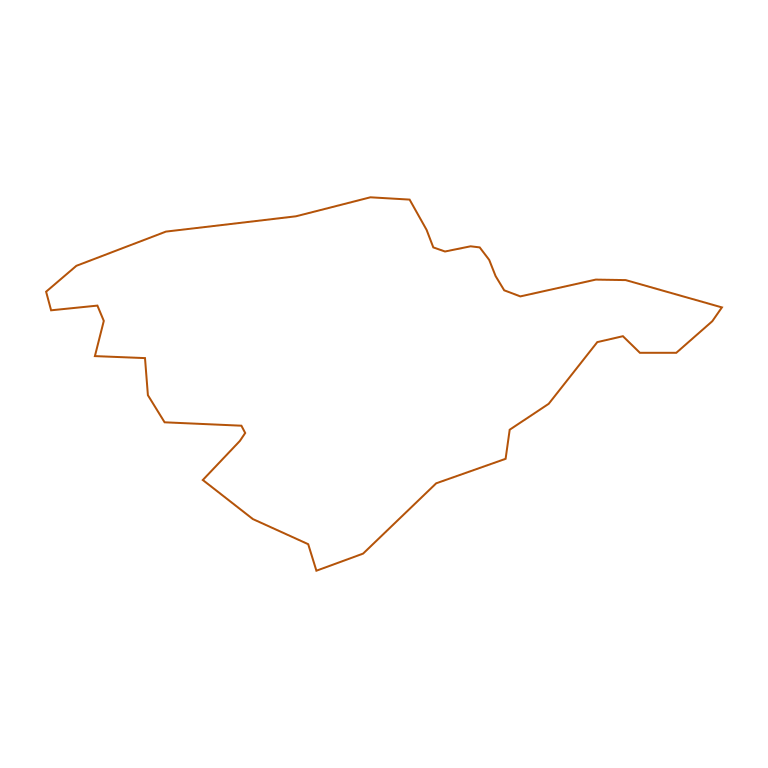 the border of Falkirk
{"feature_id": "GBR-2015", "entity_name": "Falkirk", "entity_type": "Unitary District", "adm_level": 1, "iso_a3": "GBR", "parent_name": "United Kingdom", "parent_adm1": "", "projection": "mercator", "projection_center": [-3.764, 55.973], "detail": "fine", "context": "isolated", "style": "outline", "palette": "amber", "viewbox_px": 768, "rotation_deg": 0, "n_neighbors": 0, "source": "natural_earth", "source_scale": "10m", "svg_char_len": 638}
<svg xmlns="http://www.w3.org/2000/svg" viewBox="0 0 768 768"><path d="M409.6,199.6L426.6,229.9L433.3,247.4L445.0,251.5L470.6,246.3L479.7,247.4L489.2,259.9L495.6,276.1L504.2,290.3L520.3,296.4L595.8,279.6L625.7,280.1L721.9,307.4L712.3,321.2L676.3,352.8L639.9,352.8L622.9,336.2L597.3,342.1L548.7,403.8L509.7,429.7L505.6,458.8L436.2,483.3L363.1,553.6L316.4,570.7L308.2,544.2L252.9,519.1L202.8,480.0L239.9,440.9L245.2,433.0L241.4,425.7L164.6,422.3L147.9,395.2L145.0,358.1L94.9,356.1L103.8,320.9L97.4,305.6L51.1,310.3L46.1,291.7L76.4,265.8L165.9,231.6L295.9,216.3L370.4,197.3L409.6,199.6Z" fill="none" stroke="#b45309" stroke-width="2"/></svg>